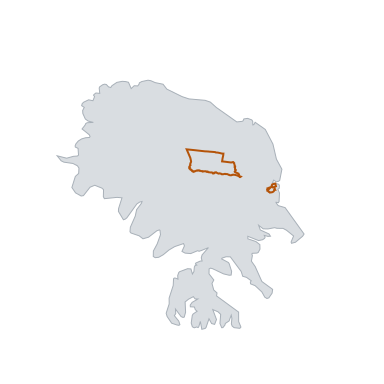 location of Ásahreppur, Suðurland, Iceland, rotated 235°
{"feature_id": "244011B31453435550318", "entity_name": "Ásahreppur", "entity_type": "district", "adm_level": 2, "iso_a3": "ISL", "parent_name": "Iceland", "parent_adm1": "Suðurland", "projection": "albers", "projection_center": [-19.181, 64.281], "detail": "fine", "context": "in_parent", "style": "outline", "palette": "amber", "viewbox_px": 384, "rotation_deg": 235, "n_neighbors": 0, "source": "geoboundaries", "source_scale": "gbopen_adm2", "svg_char_len": 8195}
<svg xmlns="http://www.w3.org/2000/svg" viewBox="0 0 384 384"><g transform="rotate(235 192 192)"><path d="M276.4,113.1L279.2,113.2L283.7,110.8L289.9,104.2L292.6,102.7L299.0,102.3L291.6,108.7L289.2,115.4L287.2,118.7L287.3,120.2L293.1,123.7L295.7,122.2L296.8,122.7L298.0,124.5L299.0,128.1L298.8,132.0L297.5,135.9L295.5,139.3L295.9,140.3L297.7,140.7L306.7,138.1L308.1,142.7L309.0,144.2L308.9,145.8L305.6,151.1L309.7,147.6L313.0,146.5L318.9,147.6L321.5,149.2L323.1,152.3L326.0,151.1L327.4,152.8L327.7,154.8L326.8,160.2L323.6,163.2L326.0,166.9L327.8,166.9L328.1,167.7L328.2,170.1L325.7,173.0L330.4,175.6L331.1,176.7L331.1,180.2L330.5,182.2L329.2,183.5L326.0,183.9L324.2,185.4L325.0,187.4L324.9,193.3L322.7,198.3L320.5,201.0L318.3,202.9L311.6,201.5L312.2,205.6L310.0,208.4L310.7,210.5L311.6,211.5L311.3,214.2L308.8,220.1L306.8,222.1L302.7,224.6L296.9,230.1L290.7,230.4L275.8,238.6L270.0,242.9L259.6,255.3L255.1,258.6L247.3,260.4L223.7,268.9L221.1,273.6L221.0,274.7L222.1,276.4L220.4,279.8L216.8,282.3L215.1,282.3L212.1,280.3L211.7,281.3L212.9,283.7L201.2,287.9L184.9,285.8L170.5,280.0L159.1,278.7L151.2,270.5L151.1,269.2L152.0,266.8L154.9,265.8L153.5,263.3L148.6,267.5L147.1,267.3L145.0,265.6L145.0,263.9L141.0,263.1L134.2,257.8L133.7,256.6L135.4,255.0L135.1,254.7L131.4,254.8L125.8,259.3L93.3,259.7L92.3,257.2L91.5,247.9L92.9,244.1L94.2,244.5L97.7,250.0L106.4,247.5L110.0,245.7L113.5,240.8L115.4,239.2L118.2,233.0L121.0,229.2L126.5,227.5L121.7,226.2L113.5,231.0L110.8,230.9L112.1,228.7L115.0,226.3L113.1,226.0L112.4,224.9L112.4,222.5L114.0,218.7L123.7,212.3L121.6,210.9L114.8,215.9L110.0,217.4L106.2,214.9L104.5,211.6L104.7,210.2L107.2,206.2L106.8,205.4L105.3,205.0L101.3,201.0L94.7,201.0L78.6,197.9L66.0,202.2L63.2,199.6L61.2,194.2L61.8,192.3L64.1,191.3L70.0,191.9L79.0,190.0L83.2,187.3L84.7,188.1L85.3,189.6L90.8,187.7L93.9,185.2L98.6,186.7L116.9,186.2L119.4,182.8L120.6,178.7L120.2,177.9L113.3,181.4L111.8,181.3L104.2,178.9L101.5,176.4L102.5,174.7L106.8,170.9L117.5,164.8L119.0,163.5L119.2,161.9L115.2,159.0L107.4,159.4L105.6,155.9L99.3,153.6L95.0,154.6L92.8,152.5L66.9,161.3L59.1,155.9L53.3,154.6L52.9,153.0L56.7,148.7L59.1,148.0L61.4,148.6L65.6,152.2L68.6,153.5L65.1,148.4L65.2,143.9L64.1,142.6L63.2,139.5L63.8,138.5L68.3,139.5L75.3,145.3L78.9,144.6L83.8,141.6L73.5,138.9L70.6,134.6L73.0,132.6L78.4,133.2L72.9,125.7L72.7,124.4L73.9,121.3L81.2,124.6L77.6,120.1L77.5,119.2L78.7,118.5L79.5,115.9L81.4,115.0L85.1,116.2L90.7,121.4L91.4,122.8L91.4,127.8L93.7,127.2L96.4,128.0L98.9,124.8L100.4,125.7L101.5,128.8L101.0,135.4L102.7,133.2L105.5,133.1L106.2,127.7L105.9,123.3L97.2,117.8L94.0,113.9L94.4,112.7L96.2,111.6L105.6,111.3L101.7,108.9L100.8,106.6L93.8,107.1L90.3,106.0L90.3,104.8L91.8,103.3L96.2,100.1L104.3,100.2L107.5,101.3L113.4,109.1L118.2,112.4L126.2,123.0L131.5,127.1L131.7,128.1L130.8,129.2L128.7,130.5L131.8,132.4L133.7,135.1L133.8,136.3L131.7,144.4L129.6,147.0L124.6,145.3L125.7,147.9L129.2,150.9L130.0,152.4L129.4,154.0L131.1,153.5L131.6,154.4L130.7,159.1L129.7,160.7L132.7,161.8L134.7,164.2L137.0,173.6L138.6,166.5L139.4,163.8L140.7,162.9L142.3,155.6L145.9,151.3L149.1,149.7L152.2,154.9L154.6,155.5L157.2,146.5L157.7,139.9L157.1,132.5L157.6,127.3L159.3,124.2L161.4,123.3L165.8,126.5L169.5,133.8L175.1,141.7L179.0,143.8L179.7,143.5L180.4,140.9L179.9,130.5L181.8,125.0L186.4,123.6L193.4,118.5L195.0,118.4L198.5,121.3L204.8,131.7L209.3,136.5L211.8,144.2L212.9,145.6L213.8,143.2L213.8,139.8L208.2,123.8L208.1,121.6L208.6,119.9L218.3,120.6L220.5,122.3L227.4,131.3L230.6,127.5L236.8,116.4L239.0,116.7L244.7,120.9L246.9,120.4L253.3,116.2L254.4,111.2L251.3,101.0L252.3,98.9L258.1,96.1L264.6,96.2L271.7,105.4L272.2,109.8L276.4,113.1Z" fill="#d9dde1" stroke="#a8b0b8" stroke-width="1"/><path d="M208.2,204.5L208.1,204.8L207.8,204.8L207.8,205.0L207.6,205.3L207.4,205.5L207.3,205.9L207.3,206.0L207.5,206.1L207.4,206.3L207.3,206.5L207.1,206.9L207.1,207.1L207.1,207.3L207.0,207.5L207.0,207.8L206.9,207.9L206.9,208.1L206.8,208.4L206.7,208.6L206.6,208.8L206.3,208.8L206.2,208.9L206.2,209.2L206.1,209.3L206.2,209.5L205.9,209.9L205.8,210.1L205.6,210.3L205.3,210.4L205.2,210.4L205.2,210.6L204.9,210.8L204.1,211.3L203.9,211.4L203.8,211.5L203.5,212.0L203.4,212.3L203.2,212.4L202.9,212.4L202.7,212.4L202.6,212.6L202.4,212.8L202.4,213.0L202.3,213.5L202.1,213.7L201.9,214.0L201.6,214.3L201.5,214.5L201.4,214.6L201.3,214.9L201.0,215.1L200.9,215.3L200.6,215.3L200.2,215.6L199.9,215.7L199.8,215.8L199.8,216.2L199.9,216.4L199.8,216.6L199.6,216.7L199.4,216.7L199.2,216.7L198.8,216.8L198.5,217.1L198.4,217.3L198.0,217.7L197.9,217.9L197.6,218.1L197.3,218.5L197.0,219.0L196.9,219.2L196.8,219.3L196.6,219.5L196.4,219.5L196.1,219.8L195.9,219.8L195.7,219.8L195.3,219.7L195.1,219.9L195.0,220.1L194.9,220.2L194.7,220.5L194.6,220.9L194.6,221.0L194.8,221.0L195.0,221.2L195.1,221.5L194.7,222.0L194.6,222.4L194.5,222.6L194.5,222.8L194.1,223.2L193.7,223.2L193.6,223.3L193.1,223.5L192.7,223.8L192.0,224.1L191.9,224.4L191.7,224.6L191.6,225.1L191.3,225.4L191.1,225.5L190.7,226.0L190.3,226.3L189.9,226.3L189.5,226.5L189.4,226.6L189.0,227.2L189.0,227.4L188.9,227.6L188.5,228.0L188.3,228.6L188.2,228.9L188.0,229.3L187.9,229.5L187.5,229.7L187.4,229.9L187.1,230.3L186.6,231.0L186.4,231.1L186.1,231.4L185.2,231.8L185.0,232.1L184.8,232.1L184.6,232.3L184.3,232.4L184.1,232.6L183.8,232.9L183.7,233.0L183.4,233.4L183.2,233.8L183.1,234.0L183.1,234.3L183.1,234.5L182.9,234.7L182.8,234.9L182.8,235.3L182.7,235.6L182.5,235.8L182.2,236.0L182.0,236.3L181.6,236.9L181.4,237.0L180.5,237.8L179.2,238.8L178.8,239.0L178.3,239.2L178.0,239.4L177.7,239.6L177.4,239.7L176.8,239.7L176.7,239.8L176.6,240.0L176.7,240.4L176.6,240.7L176.6,240.8L177.1,240.5L177.2,240.4L177.5,239.9L178.4,239.8L178.6,239.9L178.8,239.9L179.1,240.1L179.3,240.3L179.5,240.4L179.5,240.5L180.3,240.6L180.4,240.4L180.9,240.3L181.1,240.2L181.3,240.1L181.5,239.9L181.9,239.7L182.0,239.6L182.9,239.0L183.5,238.8L183.8,238.6L184.1,238.6L184.2,238.9L184.2,239.0L184.3,239.4L184.6,239.5L184.8,239.9L184.8,240.0L184.6,240.0L184.8,240.4L185.2,240.3L185.3,240.4L185.5,240.3L185.6,240.2L185.8,240.2L186.1,240.4L186.7,240.9L186.9,241.0L187.1,241.1L187.8,241.1L188.0,241.3L188.3,241.5L188.2,241.5L187.9,241.8L188.0,241.9L188.3,242.1L188.6,242.0L188.8,242.1L189.1,242.1L190.8,242.8L191.4,242.9L191.5,243.0L191.6,242.9L191.8,242.8L192.2,242.8L192.4,243.0L192.6,243.0L192.7,242.9L192.9,242.9L193.0,242.8L193.7,241.0L197.8,236.5L199.8,234.2L202.1,236.4L204.0,238.5L204.9,239.3L205.4,239.7L205.5,239.5L206.1,238.9L206.3,238.6L206.5,238.4L207.8,237.3L209.5,235.7L210.7,234.2L211.0,234.0L211.5,233.8L212.0,233.1L212.4,232.7L212.7,232.3L213.3,231.6L215.3,229.1L215.9,228.5L217.9,225.9L224.8,218.1L230.0,212.1L220.9,210.2L218.5,209.2L217.6,208.8L217.3,208.6L216.8,207.9L216.5,207.1L216.2,207.0L215.9,206.8L215.7,206.5L215.5,206.4L215.4,206.3L215.4,206.1L215.2,206.0L214.9,206.0L214.9,205.7L214.7,205.5L214.6,205.3L214.6,205.2L214.5,204.9L214.4,204.8L214.2,204.7L214.3,204.5L214.3,204.4L214.2,204.2L213.8,204.0L213.5,204.1L213.5,203.9L213.4,203.9L213.3,203.7L213.0,203.7L212.9,203.6L213.0,203.5L212.9,203.4L212.8,203.5L212.7,203.5L212.2,203.6L211.8,203.5L211.7,203.7L211.4,203.7L211.3,203.8L211.2,203.8L211.2,204.0L210.9,204.1L210.6,204.1L210.4,204.1L210.2,204.2L210.1,204.3L209.7,204.4L209.7,204.1L209.1,204.2L208.9,204.4L208.7,204.2L208.3,204.4L208.2,204.5ZM146.1,261.3L146.3,261.3L146.5,261.4L146.7,261.2L146.8,261.1L147.0,261.0L147.4,261.7L147.5,261.7L148.3,262.1L148.5,262.0L148.6,262.3L148.6,262.5L148.7,262.8L148.8,263.0L148.7,263.7L148.7,263.9L148.6,264.1L151.1,265.1L152.2,262.2L151.7,261.1L151.1,260.6L149.6,261.3L149.4,261.3L149.5,261.2L149.5,260.7L150.5,260.1L150.5,259.9L150.6,259.7L150.7,259.4L150.8,259.4L150.9,259.0L150.8,258.9L150.9,258.7L151.0,258.5L151.0,258.4L150.7,258.3L150.5,258.2L150.4,257.6L150.5,257.7L151.1,257.4L151.3,257.4L151.3,257.2L151.7,256.0L151.0,255.8L151.0,255.0L149.8,254.4L149.5,254.7L149.3,254.9L148.9,254.9L148.3,254.9L148.2,254.9L148.0,255.3L147.7,255.3L147.4,255.5L147.0,255.6L146.8,255.6L146.8,255.8L146.8,256.0L146.5,256.4L146.1,256.9L146.0,257.3L145.9,257.5L145.8,257.9L145.7,258.0L145.7,258.6L145.7,259.0L145.7,259.4L145.9,259.7L146.1,260.1L146.2,260.5L146.3,260.6L146.3,260.9L146.2,261.1L146.1,261.3Z" fill="none" stroke="#b45309" stroke-width="2"/></g></svg>